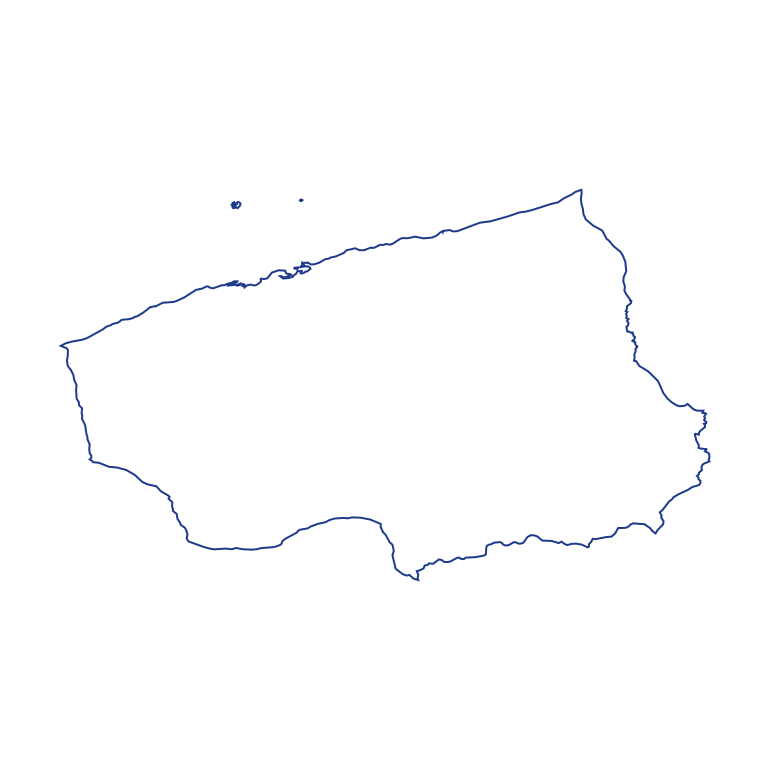 Afabet, Semenawi Keyih Bahri, Eritrea, rotated 263°
{"feature_id": "51966322B88342452003506", "entity_name": "Afabet", "entity_type": "district", "adm_level": 2, "iso_a3": "ERI", "parent_name": "Eritrea", "parent_adm1": "Semenawi Keyih Bahri", "projection": "equal_earth", "projection_center": [38.928, 16.403], "detail": "fine", "context": "isolated", "style": "outline", "palette": "blue", "viewbox_px": 768, "rotation_deg": 263, "n_neighbors": 0, "source": "geoboundaries", "source_scale": "gbopen_adm2", "svg_char_len": 6135}
<svg xmlns="http://www.w3.org/2000/svg" viewBox="0 0 768 768"><g transform="rotate(263 384 384)"><path d="M513.8,317.4L513.1,318.1L512.1,317.1L512.5,318.6L512.0,319.0L511.8,317.0L511.1,316.1L510.1,315.9L510.4,318.5L510.0,323.0L508.6,324.7L507.3,325.1L505.1,321.5L505.1,319.7L504.2,318.4L503.7,316.2L504.0,314.7L505.5,314.8L506.4,317.1L506.2,314.2L506.7,312.0L504.4,310.5L502.5,307.3L501.4,306.5L500.8,301.4L501.0,296.7L503.6,294.0L503.5,295.6L502.4,296.2L501.9,298.8L503.6,305.2L504.5,304.2L505.6,300.4L508.6,299.6L509.7,293.1L508.2,286.2L503.2,281.2L502.7,277.5L503.5,275.6L503.3,274.4L501.3,274.5L500.3,273.9L498.5,271.0L497.6,268.3L497.7,266.8L498.8,264.3L498.8,261.4L498.3,259.3L496.8,257.3L497.7,257.1L498.4,255.8L499.0,257.3L499.7,257.6L500.5,255.9L499.5,250.6L499.7,250.1L500.2,252.3L501.0,252.9L500.0,249.4L501.0,247.5L500.6,246.2L500.8,240.9L501.6,241.1L502.1,242.3L501.7,244.6L503.0,246.9L502.5,248.6L502.8,250.0L503.7,250.9L504.1,248.7L504.1,247.5L502.9,244.7L502.8,242.0L501.5,237.3L501.8,235.1L499.8,226.2L500.5,223.6L502.3,221.2L502.5,219.7L500.9,215.3L500.3,208.9L494.3,196.3L491.7,188.4L491.1,185.2L491.6,174.2L488.8,166.5L489.2,165.3L488.6,162.2L489.0,161.7L484.1,153.6L481.2,147.1L481.0,144.6L480.0,142.8L479.4,138.1L479.7,132.9L479.3,130.5L478.1,129.2L477.2,126.9L476.6,121.5L475.8,120.6L474.8,115.6L472.5,111.6L465.8,95.0L464.8,90.4L464.1,79.0L463.1,72.7L461.2,67.9L458.3,73.2L456.3,74.4L450.6,73.6L446.3,72.2L440.5,72.3L435.9,75.0L430.7,76.8L425.7,77.0L420.4,78.7L415.2,77.6L406.7,77.2L403.5,78.8L399.9,78.8L396.6,81.4L392.1,80.3L390.0,80.7L386.2,80.0L379.7,82.3L370.0,82.6L367.8,83.2L365.6,82.9L359.7,84.5L355.4,83.5L351.2,83.5L348.6,84.7L346.4,84.5L345.0,82.7L343.1,85.0L341.8,85.7L340.6,91.3L335.3,101.0L333.6,109.0L330.0,117.8L324.0,125.7L316.1,132.3L313.3,136.9L310.2,145.6L304.7,149.5L299.5,156.4L298.1,157.4L296.4,156.2L292.4,159.5L288.0,158.7L286.0,159.3L283.8,159.0L280.3,162.4L275.2,162.6L271.8,164.4L269.2,165.0L265.3,169.0L263.2,169.8L258.7,170.6L254.5,169.3L251.5,170.9L244.7,184.3L242.1,190.3L240.6,195.3L239.9,206.9L238.5,213.1L239.3,216.9L237.1,224.2L235.7,232.6L235.5,237.5L236.1,242.2L235.6,253.3L235.8,256.8L237.0,261.5L237.8,262.6L240.8,264.5L242.4,267.2L247.1,279.3L248.6,280.6L249.6,282.8L250.0,290.6L251.5,294.0L253.2,301.0L254.0,309.3L255.6,313.2L256.5,319.0L256.0,327.4L255.1,331.8L255.5,336.2L254.1,344.7L251.2,353.7L245.5,363.7L242.3,363.3L237.0,365.0L234.0,367.3L226.3,370.3L223.4,372.8L217.1,373.4L213.0,371.5L199.1,373.1L192.9,379.5L191.1,383.2L191.4,385.9L187.2,389.7L185.3,394.0L186.7,393.6L190.4,394.7L194.3,393.8L194.7,396.8L196.1,400.8L198.8,402.2L199.2,405.6L200.5,406.7L199.6,410.9L203.2,417.2L202.2,419.9L200.0,422.1L199.5,426.2L199.8,428.4L202.6,435.5L202.5,437.5L201.1,439.0L200.7,440.8L200.6,442.2L201.7,443.8L201.0,453.9L201.4,461.0L202.0,463.6L202.6,464.4L208.9,465.5L210.6,466.3L211.6,468.0L212.0,471.4L212.8,472.7L213.1,474.7L212.9,479.7L212.4,481.1L209.9,483.0L208.8,485.0L208.9,488.2L211.2,493.6L210.7,495.7L209.1,498.2L208.9,500.6L209.4,502.9L214.7,507.8L216.0,511.4L215.6,514.2L214.1,517.5L209.3,522.1L207.8,531.3L204.8,538.0L205.9,541.0L203.0,544.0L201.8,546.4L202.5,551.0L202.1,555.3L200.5,560.7L197.0,566.3L197.6,567.6L199.9,567.8L201.9,570.3L204.9,572.3L204.2,574.9L205.0,586.2L204.8,591.2L207.5,595.2L212.5,598.8L211.8,605.4L212.1,607.7L212.8,609.5L214.6,611.8L215.3,614.5L213.1,625.4L208.4,630.7L205.8,632.1L202.6,635.3L205.9,638.0L210.7,643.9L211.8,644.3L214.0,644.7L217.4,642.9L219.6,643.5L223.0,642.1L224.8,644.9L232.8,652.8L234.5,655.9L236.1,657.2L238.4,662.1L242.0,673.1L244.2,677.5L245.3,684.3L246.7,685.8L249.1,686.3L251.4,684.5L252.8,684.8L254.6,683.4L256.0,685.5L257.6,685.8L259.7,689.0L263.0,689.0L264.8,690.1L266.0,691.9L267.5,697.6L269.2,697.0L271.5,698.1L274.4,698.2L275.9,697.7L278.1,694.3L279.6,696.1L280.1,696.0L281.3,690.6L282.3,688.4L284.8,689.0L289.5,687.2L296.0,686.3L296.6,686.9L295.4,690.3L297.1,690.6L298.8,692.1L302.1,697.3L304.1,697.5L305.5,696.7L305.8,698.9L307.0,699.3L309.2,697.3L310.9,698.5L312.7,697.8L315.3,700.1L315.8,699.5L316.6,696.5L318.6,697.7L319.4,691.7L320.2,689.7L321.3,688.0L327.2,682.9L325.8,680.1L325.9,674.8L327.2,671.7L331.0,667.1L335.4,663.3L341.1,660.1L353.6,656.3L364.3,647.8L370.8,639.6L376.0,637.0L376.6,635.0L379.7,636.0L383.0,636.1L386.0,637.9L388.5,638.0L389.4,639.4L390.5,640.0L391.3,638.9L393.5,638.1L394.7,638.5L396.5,635.8L397.2,636.5L397.4,637.8L400.0,638.8L400.9,637.7L402.1,637.7L403.1,636.8L404.6,637.2L404.9,635.3L405.9,634.0L406.4,631.9L410.9,631.5L411.4,631.7L411.6,632.7L413.2,633.7L414.7,634.1L417.1,632.9L418.5,634.6L420.0,632.5L422.1,633.3L423.9,632.8L426.0,634.3L426.9,632.8L429.5,634.5L431.5,634.6L434.0,638.8L436.4,639.6L436.9,638.4L438.2,638.3L443.9,635.2L447.6,634.0L451.5,635.0L456.8,634.0L461.1,635.0L466.4,638.2L475.9,638.4L482.7,636.6L486.5,634.7L492.8,628.7L499.2,624.5L500.9,622.6L509.1,619.6L510.2,618.7L515.6,611.0L522.7,604.4L528.1,602.7L533.7,602.7L538.3,602.0L543.4,601.9L549.3,603.4L552.7,603.5L551.3,597.2L549.3,593.6L546.3,585.0L543.1,578.9L542.3,571.7L538.6,552.0L537.8,545.5L537.8,539.4L535.3,527.7L532.5,509.5L532.4,498.8L526.8,475.5L527.0,471.3L528.8,467.9L528.7,461.4L528.0,461.1L528.6,461.0L527.5,458.2L524.8,454.1L523.5,449.4L523.7,441.0L526.4,433.1L525.8,425.3L526.6,419.8L526.1,417.7L522.1,409.6L521.6,407.0L522.7,402.8L522.1,400.1L522.6,397.0L520.5,391.2L520.4,389.0L521.0,387.8L519.2,380.3L519.8,375.9L522.2,372.1L521.3,363.1L518.9,359.9L518.4,358.2L516.4,351.4L516.0,346.2L515.1,344.4L515.1,341.1L512.4,334.8L511.3,329.4L511.6,326.0L513.9,323.1L513.4,322.4L514.0,320.6L514.0,318.2L514.5,317.6L513.8,317.4ZM579.3,258.5L577.4,256.6L577.6,255.4L577.1,255.6L576.8,256.6L577.6,258.7L576.5,259.6L576.5,260.3L578.9,263.1L580.9,263.5L582.3,261.8L582.3,260.6L581.8,260.0L580.6,260.0L580.5,258.5L579.3,258.5ZM579.2,257.2L579.7,256.9L580.2,257.8L581.4,258.0L582.7,257.4L582.1,256.7L582.1,255.8L580.5,256.0L580.4,254.7L579.0,255.5L579.2,257.2ZM510.1,313.4L510.4,312.3L510.0,310.6L510.4,309.6L509.7,309.1L508.6,311.6L510.1,313.4ZM576.4,325.5L576.9,325.2L577.1,323.7L576.4,322.9L575.9,323.2L575.8,324.7L576.4,325.5Z" fill="none" stroke="#1e3a8a" stroke-width="2"/></g></svg>